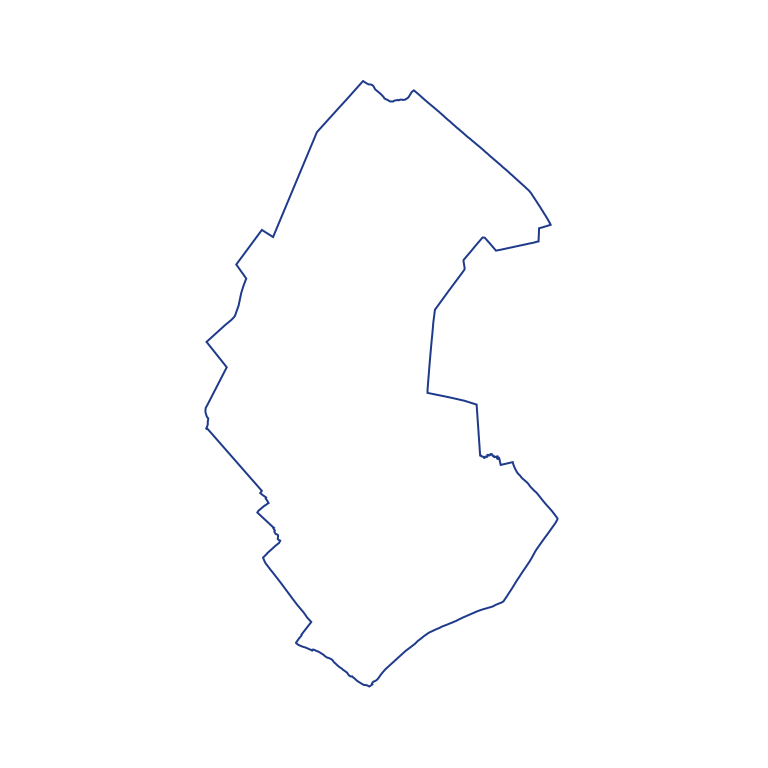 the district of Certesti, Vaslui, Romania, rotated 139°
{"feature_id": "2599482B13375142181874", "entity_name": "Certesti", "entity_type": "district", "adm_level": 2, "iso_a3": "ROU", "parent_name": "Romania", "parent_adm1": "Vaslui", "projection": "orthographic", "projection_center": [27.606, 46.012], "detail": "fine", "context": "isolated", "style": "outline", "palette": "blue", "viewbox_px": 768, "rotation_deg": 139, "n_neighbors": 0, "source": "geoboundaries", "source_scale": "gbopen_adm2", "svg_char_len": 6034}
<svg xmlns="http://www.w3.org/2000/svg" viewBox="0 0 768 768"><g transform="rotate(139 384 384)"><path d="M173.8,390.2L173.2,391.0L172.6,391.5L171.4,392.8L169.1,395.2L164.8,399.8L162.3,398.6L161.1,398.0L153.8,394.8L153.4,396.0L153.2,397.2L152.5,400.4L152.2,402.2L152.0,403.1L151.8,404.3L151.5,406.1L151.3,407.8L151.2,408.3L150.8,410.3L150.7,411.5L150.2,414.3L150.0,415.7L149.8,417.2L148.3,428.0L148.2,428.7L148.0,430.5L147.8,431.1L147.8,432.4L147.7,434.6L147.9,436.7L148.2,438.7L148.2,439.6L148.4,441.3L148.9,445.3L149.8,452.6L150.3,457.2L150.7,459.8L151.1,463.8L152.1,470.1L152.4,473.4L152.7,475.0L152.9,476.4L153.2,478.6L153.7,481.6L153.9,483.2L154.2,485.3L154.6,487.9L154.8,490.3L155.1,491.6L155.3,493.1L155.4,494.3L155.7,496.7L155.9,498.2L156.5,501.8L156.8,503.6L157.4,507.6L157.8,509.6L158.1,512.2L158.4,513.8L158.8,515.4L159.1,517.8L159.6,521.8L159.8,523.0L160.0,524.0L160.3,526.6L160.6,528.3L160.9,529.8L161.3,533.4L161.5,534.4L161.7,536.3L161.9,538.2L162.0,538.9L162.2,540.2L162.5,541.8L162.6,542.8L162.7,543.5L162.9,544.7L163.1,547.0L163.7,551.3L163.9,553.3L164.2,555.0L164.6,557.7L165.0,560.4L166.0,566.3L166.3,568.1L166.6,570.5L166.8,571.6L167.0,573.3L167.3,575.7L167.8,579.7L168.2,582.2L168.8,586.0L169.7,586.0L170.5,586.2L171.7,586.1L173.0,585.7L175.5,584.9L176.2,584.7L176.7,584.5L177.8,584.3L179.5,584.4L180.7,584.7L181.5,584.7L182.1,585.1L183.3,586.0L183.9,586.8L185.3,588.0L186.7,588.4L187.3,589.4L187.9,589.6L189.6,590.7L190.8,591.2L192.0,591.3L192.6,592.0L193.3,592.6L194.0,593.2L194.4,594.2L194.9,596.0L195.5,597.1L195.9,598.2L196.2,598.9L196.3,599.7L196.0,600.9L196.0,601.9L196.2,603.0L196.1,604.1L196.3,605.5L196.6,607.7L197.3,611.7L197.3,612.3L197.0,613.9L196.7,615.0L196.6,616.8L196.8,617.5L198.0,619.3L198.7,619.9L199.2,620.5L199.7,621.8L201.1,626.4L224.6,623.4L237.8,621.9L269.4,618.1L371.3,567.7L375.1,580.4L417.1,571.1L418.8,553.9L420.6,553.0L425.8,550.2L432.1,546.3L442.4,538.5L451.8,533.2L453.6,532.8L457.1,532.5L465.5,532.7L490.3,532.2L491.7,499.8L528.7,485.0L534.4,482.8L536.8,480.5L537.9,478.5L539.2,475.4L539.2,473.9L539.4,473.1L540.2,472.4L541.9,471.0L543.4,469.2L545.6,467.8L546.8,467.3L547.3,467.1L547.4,466.4L546.6,465.8L546.3,383.5L548.9,382.9L548.4,379.6L547.4,375.6L548.5,375.1L548.6,373.3L549.2,369.9L555.1,370.6L562.0,370.7L563.9,370.1L561.7,349.0L561.5,347.9L562.0,348.1L562.4,346.6L562.5,345.1L563.4,344.7L563.8,343.8L564.1,342.4L564.0,341.5L563.3,340.4L563.2,339.3L565.1,337.4L565.9,336.7L565.6,334.7L565.1,333.9L567.4,332.9L571.6,333.1L577.0,333.0L583.2,332.9L583.6,332.7L589.2,332.3L590.6,328.2L591.0,326.1L591.5,318.7L591.6,315.4L592.3,302.4L593.8,282.9L594.4,274.3L594.5,265.1L594.8,261.4L595.1,259.3L595.2,258.3L595.0,252.1L610.8,249.0L611.2,248.3L615.3,247.7L617.9,247.0L620.1,246.5L620.3,246.2L620.1,245.6L620.0,243.9L619.1,241.8L618.1,239.8L617.0,237.9L616.5,237.3L616.1,236.5L615.2,234.7L614.1,232.3L613.7,231.6L613.2,230.8L613.2,230.0L613.0,229.8L612.9,229.8L611.9,230.2L611.2,229.4L610.0,226.7L608.9,224.6L608.1,222.0L607.2,219.0L607.2,218.3L607.1,217.4L606.4,214.8L605.7,213.8L605.3,213.2L605.0,212.5L604.3,210.8L604.1,210.0L604.0,208.8L604.2,207.8L604.3,207.3L604.3,206.6L604.1,205.9L603.7,201.7L603.3,199.6L602.6,196.9L602.4,195.0L602.0,193.7L601.7,192.4L601.4,191.1L601.2,190.2L601.5,189.1L601.5,188.6L601.6,186.7L601.3,185.8L600.9,185.0L600.5,184.6L600.2,184.5L599.9,184.4L599.8,182.9L599.6,182.0L599.4,181.0L599.1,177.9L598.5,175.7L597.4,172.2L597.0,171.0L596.8,170.3L594.7,168.1L593.5,165.3L589.8,164.9L589.6,165.9L588.1,166.3L587.0,166.3L586.5,165.9L584.1,165.4L581.4,165.6L576.4,166.9L570.9,167.7L569.5,167.8L543.2,168.4L531.2,167.6L527.1,167.9L523.2,167.6L519.2,167.5L514.5,167.0L513.0,166.8L505.3,164.6L502.7,163.7L501.2,163.3L499.7,163.0L493.7,160.8L491.7,160.2L489.7,159.4L487.6,158.8L486.0,158.2L485.1,157.9L483.8,157.6L482.5,157.3L480.7,156.8L477.3,155.9L475.8,155.4L463.1,151.4L461.9,151.0L459.2,149.9L457.3,149.1L455.9,148.5L454.0,147.5L452.5,146.9L449.4,145.4L447.1,144.5L445.7,144.3L444.2,143.9L438.4,141.9L436.4,141.6L430.4,143.2L427.7,144.0L420.6,146.0L419.9,146.3L419.3,146.4L413.2,148.4L409.4,149.4L405.3,150.6L390.7,154.5L387.6,155.5L385.1,156.4L381.4,157.8L379.2,158.6L374.7,159.8L366.8,161.7L358.9,163.5L345.9,166.6L343.7,167.4L342.1,168.0L341.3,168.6L341.1,169.8L341.0,171.8L340.9,173.0L340.6,177.6L340.6,179.1L340.6,181.9L340.7,185.8L340.7,188.3L340.6,192.2L340.5,194.5L340.3,198.6L340.2,201.2L340.2,202.0L340.4,203.3L340.6,204.7L340.7,206.2L340.8,208.0L340.9,210.1L340.9,211.2L340.7,212.7L340.6,214.1L340.6,215.5L341.4,221.0L341.6,223.0L341.6,223.6L341.4,224.7L341.5,226.2L341.6,228.2L341.6,229.1L341.5,230.1L341.0,232.6L340.8,233.4L339.9,236.5L339.1,238.6L338.1,240.6L344.4,243.9L349.0,246.4L346.0,251.9L346.5,251.8L347.5,253.2L347.5,253.4L347.5,253.7L347.4,253.8L347.1,253.7L347.0,253.9L346.9,254.1L346.6,254.2L346.3,253.9L346.1,253.8L346.0,254.0L345.9,254.4L345.7,254.8L345.8,255.0L346.1,255.2L346.6,255.3L347.3,255.5L347.6,255.7L347.9,255.9L348.3,256.1L348.7,256.5L348.8,256.8L348.7,257.0L348.3,257.3L349.0,258.1L349.0,258.5L349.1,258.8L348.7,259.4L348.5,259.8L348.5,260.0L348.8,260.4L348.9,260.2L349.1,260.2L349.3,260.6L349.9,261.1L350.0,261.2L350.3,261.1L350.4,260.9L350.5,260.8L351.1,260.8L351.4,261.0L351.8,262.0L352.1,262.4L352.3,262.5L352.6,262.6L352.9,262.1L353.1,261.7L353.6,261.4L353.8,261.4L354.4,261.6L354.7,262.2L354.9,262.5L355.1,262.7L355.5,262.8L355.7,262.7L355.9,262.5L356.2,262.3L356.4,262.2L356.8,262.4L356.9,262.6L357.0,262.8L356.9,263.0L356.7,263.2L356.8,263.9L357.0,264.3L357.7,265.1L358.0,265.7L357.9,266.1L357.7,266.2L357.7,266.5L357.9,266.7L358.3,267.0L358.1,267.3L327.6,307.7L330.3,312.1L334.3,318.6L340.8,327.5L345.8,334.2L357.0,348.7L355.0,351.0L337.7,368.0L331.4,374.1L322.8,382.4L313.6,391.1L306.5,398.0L301.0,402.9L296.9,406.6L274.3,411.8L257.3,415.5L248.4,417.5L247.2,418.4L243.3,424.7L242.5,425.4L230.2,427.3L225.6,428.1L215.5,429.6L213.6,429.9L212.0,428.4L211.9,419.9L212.0,411.2L206.8,408.2L181.5,394.3L178.4,392.5L176.6,391.7L175.0,390.9L173.8,390.2Z" fill="none" stroke="#1e3a8a" stroke-width="2"/></g></svg>